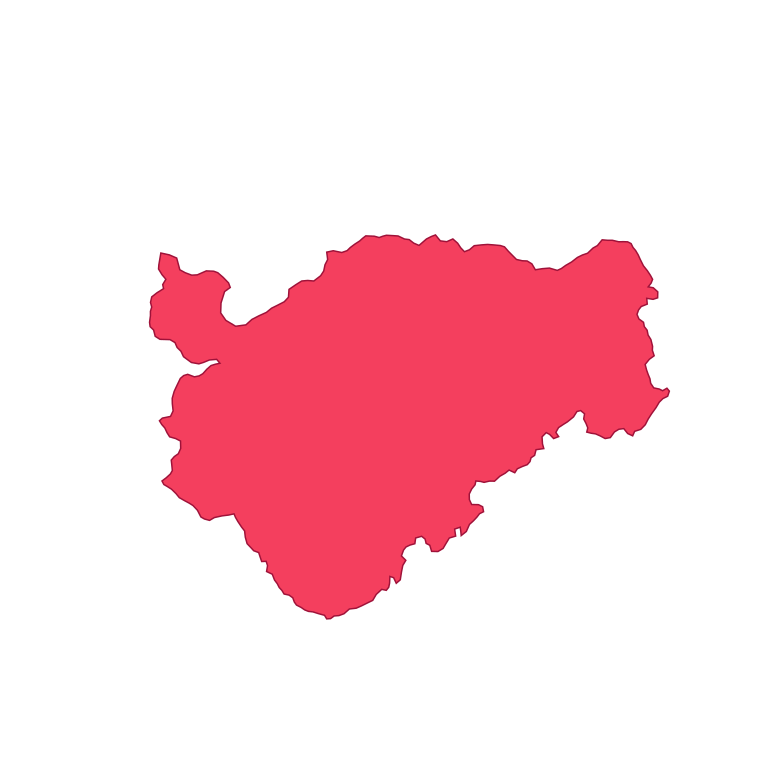 São Luís de Montes Belos, Goiás, Brazil, rotated 207°
{"feature_id": "56859067B21556461404452", "entity_name": "São Luís de Montes Belos", "entity_type": "district", "adm_level": 2, "iso_a3": "BRA", "parent_name": "Brazil", "parent_adm1": "Goiás", "projection": "mercator", "projection_center": [-50.378, -16.461], "detail": "fine", "context": "isolated", "style": "filled", "palette": "rose", "viewbox_px": 768, "rotation_deg": 207, "n_neighbors": 0, "source": "geoboundaries", "source_scale": "gbopen_adm2", "svg_char_len": 4359}
<svg xmlns="http://www.w3.org/2000/svg" viewBox="0 0 768 768"><g transform="rotate(207 384 384)"><path d="M535.9,234.3L535.6,228.5L537.9,224.1L539.0,219.6L536.1,215.2L533.3,210.8L533.5,206.8L535.5,201.5L537.8,196.8L534.5,194.5L530.7,194.3L525.6,193.8L519.5,191.9L514.8,189.8L508.3,189.5L503.4,189.4L499.0,189.0L492.9,186.8L486.8,182.4L482.7,182.2L477.5,183.3L474.5,188.0L468.4,193.0L462.8,196.8L458.7,200.2L455.7,197.7L451.7,195.1L446.0,191.9L441.5,189.8L438.0,184.5L433.5,179.6L428.1,177.7L424.4,176.3L419.1,176.9L415.5,173.3L412.4,170.3L408.5,172.5L405.3,169.3L403.5,163.6L397.2,163.8L392.5,159.6L388.4,157.6L385.0,155.1L381.2,153.7L377.7,151.5L372.8,152.8L368.2,152.1L364.9,149.0L361.6,147.3L356.4,147.3L352.1,146.7L348.1,147.1L343.8,148.7L338.3,149.6L332.0,150.9L328.4,148.7L325.1,150.7L323.1,154.7L319.0,157.2L315.3,161.2L312.7,167.8L307.0,171.6L303.4,176.0L299.3,181.5L295.8,186.1L295.4,193.0L292.8,200.0L288.3,201.2L287.5,205.0L288.6,209.1L291.4,215.2L287.5,215.8L282.6,212.0L280.6,216.9L283.1,224.5L284.9,230.9L284.5,236.8L290.4,238.7L291.2,244.9L290.4,248.8L287.7,252.3L284.0,255.7L285.9,261.2L281.3,265.4L277.0,264.5L274.1,261.1L270.0,261.1L265.6,256.5L259.9,259.2L256.7,264.3L256.4,269.5L255.9,276.4L251.1,281.0L255.2,286.8L251.1,291.0L248.7,287.6L246.4,284.0L243.7,290.0L244.1,297.7L242.2,302.7L240.8,307.5L240.0,311.8L237.3,315.4L240.4,319.4L245.0,319.4L251.2,316.4L255.5,319.8L258.1,324.7L258.2,330.2L257.1,335.5L258.1,339.3L253.8,341.0L250.2,341.8L245.9,345.4L241.4,347.6L238.9,354.4L235.5,359.6L233.5,364.1L227.2,364.3L226.7,369.0L223.2,373.4L219.7,377.2L218.7,381.2L219.5,385.0L217.4,388.8L218.7,394.5L212.3,399.0L215.6,402.6L219.2,408.7L217.4,414.3L213.6,414.3L208.1,412.4L204.5,416.4L208.9,418.9L208.7,424.4L205.8,429.5L203.4,433.5L200.2,440.7L199.6,447.1L196.7,449.6L191.8,448.5L190.2,443.5L186.0,440.5L182.5,437.4L181.5,433.2L177.0,434.2L172.9,435.6L167.9,435.9L162.2,435.8L158.0,439.0L156.9,445.9L154.2,450.3L150.1,453.1L144.4,450.5L138.9,450.7L139.2,455.6L134.6,460.2L132.7,466.3L132.7,472.7L132.1,478.8L130.9,486.5L130.5,492.7L128.9,497.6L125.7,501.9L126.5,507.2L130.0,508.7L132.7,504.5L136.4,504.5L141.9,503.0L146.7,505.7L149.4,509.4L152.8,512.3L156.3,515.6L160.2,520.0L158.8,526.5L156.1,531.8L160.2,535.9L161.8,539.5L166.4,544.8L170.9,547.5L174.0,551.4L178.1,553.3L180.8,556.8L186.4,557.7L190.2,560.9L190.8,565.6L190.0,569.8L185.7,574.7L188.8,579.6L182.7,581.6L179.3,585.0L181.9,590.4L187.8,592.0L192.7,590.5L191.8,595.2L192.2,599.2L196.0,601.8L200.8,604.5L206.5,607.1L212.2,611.3L216.2,614.5L220.5,617.2L224.1,618.7L227.6,621.3L231.4,621.3L235.1,619.6L239.4,617.3L245.9,615.7L249.7,613.7L255.1,611.5L256.7,604.2L259.5,600.0L262.0,592.9L265.8,589.0L269.1,584.6L272.3,577.8L276.0,572.1L278.4,567.4L281.2,563.9L289.2,562.4L295.2,558.7L301.0,554.5L306.8,558.2L312.3,558.6L316.7,556.6L322.5,555.1L333.4,558.7L338.9,560.9L343.2,560.2L349.5,557.7L355.0,555.4L360.3,552.2L366.4,548.2L368.8,542.4L372.4,538.4L377.5,540.2L382.3,542.9L388.5,544.5L392.7,539.3L398.8,537.1L405.8,540.2L408.8,536.9L412.0,532.5L415.7,523.4L421.4,523.0L427.1,524.1L431.5,522.5L438.6,522.3L443.3,520.3L449.4,517.6L452.2,515.1L454.8,512.3L459.7,511.3L467.5,507.7L469.2,504.1L470.6,500.4L473.6,495.2L476.0,490.3L477.4,486.1L481.3,482.0L489.7,479.7L494.9,475.5L490.7,469.3L490.7,463.5L489.0,457.3L489.6,451.7L493.3,443.9L499.0,441.6L504.1,438.4L507.5,432.7L511.6,425.2L508.5,417.9L510.2,412.0L514.3,406.3L518.6,400.5L521.3,394.4L526.4,388.0L531.0,381.6L533.9,374.0L542.4,368.1L553.8,368.9L561.8,373.2L566.0,382.2L568.0,394.0L564.8,400.2L568.4,403.5L575.7,406.0L582.6,407.7L586.9,407.2L593.7,404.1L599.9,396.5L604.7,393.7L611.7,392.9L617.8,393.1L625.9,402.1L633.9,401.6L642.3,399.4L638.7,387.9L637.1,384.1L631.4,380.6L625.9,378.3L626.3,372.1L623.7,368.9L627.7,362.2L630.5,356.2L629.1,350.7L625.9,347.1L625.1,342.7L623.1,338.8L620.9,332.5L618.4,328.9L613.8,327.5L609.5,322.6L603.9,322.1L594.8,326.4L589.0,326.0L584.9,322.6L579.8,321.0L575.0,317.3L565.4,315.7L558.1,317.9L554.6,321.3L550.5,326.1L544.3,330.0L539.6,328.0L543.2,325.1L546.5,321.9L548.5,316.9L550.1,310.9L552.4,307.3L556.2,304.3L563.3,303.5L566.3,300.6L568.0,296.5L567.8,287.6L567.6,282.2L566.2,275.1L563.7,270.4L559.7,264.3L559.5,258.2L566.0,253.0L567.4,249.3L563.6,247.0L559.3,245.3L555.2,242.1L551.0,239.6L544.9,240.8L539.4,240.8L535.9,234.3Z" fill="#f43f5e" stroke="#9f1239" stroke-width="1.5"/></g></svg>